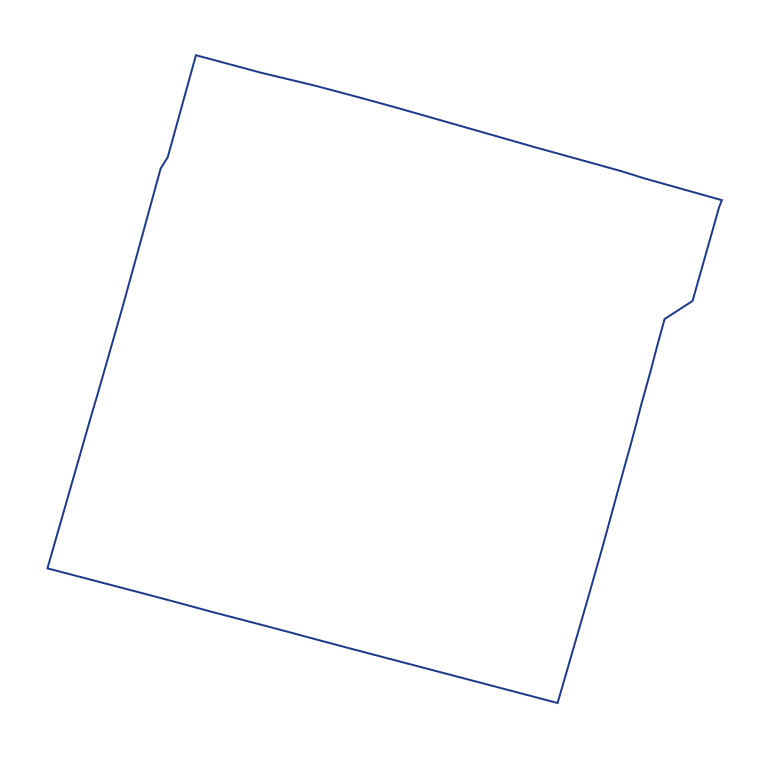 outline of Marion, Indiana, United States of America, rotated 16°
{"feature_id": "52423323B96671648838134", "entity_name": "Marion", "entity_type": "district", "adm_level": 2, "iso_a3": "USA", "parent_name": "United States of America", "parent_adm1": "Indiana", "projection": "albers", "projection_center": [-86.121, 39.78], "detail": "fine", "context": "isolated", "style": "outline", "palette": "blue", "viewbox_px": 768, "rotation_deg": 16, "n_neighbors": 0, "source": "geoboundaries", "source_scale": "gbopen_adm2", "svg_char_len": 609}
<svg xmlns="http://www.w3.org/2000/svg" viewBox="0 0 768 768"><g transform="rotate(16 384 384)"><path d="M111.3,654.0L219.0,651.5L239.9,651.1L281.6,650.5L340.5,649.1L374.3,648.5L414.5,647.8L638.8,642.8L639.1,535.2L639.0,481.6L638.0,398.2L637.9,378.6L637.5,351.7L637.0,334.6L636.7,297.9L636.1,271.0L635.8,244.2L657.7,219.1L657.6,187.3L657.4,121.4L658.1,114.2L577.5,114.6L552.9,114.0L463.6,114.8L338.9,114.9L312.2,115.0L285.8,115.3L234.0,116.3L179.7,118.7L112.6,119.8L113.6,225.7L109.9,238.3L110.7,305.6L111.5,385.9L111.5,475.9L111.3,494.2L111.3,654.0Z" fill="none" stroke="#1e3a8a" stroke-width="2"/></g></svg>